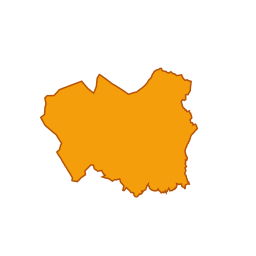 the district of Agios Nikolaos Pafou, Paphos, Cyprus, rotated 310°
{"feature_id": "46923920B40662832692624", "entity_name": "Agios Nikolaos Pafou", "entity_type": "district", "adm_level": 2, "iso_a3": "CYP", "parent_name": "Cyprus", "parent_adm1": "Paphos", "projection": "mercator", "projection_center": [32.759, 34.885], "detail": "fine", "context": "isolated", "style": "filled", "palette": "amber", "viewbox_px": 256, "rotation_deg": 310, "n_neighbors": 0, "source": "geoboundaries", "source_scale": "gbopen_adm2", "svg_char_len": 4067}
<svg xmlns="http://www.w3.org/2000/svg" viewBox="0 0 256 256"><g transform="rotate(310 128 128)"><path d="M51.9,118.7L51.7,119.0L52.0,119.6L53.6,122.2L54.3,123.7L54.6,123.7L57.6,124.0L59.1,123.9L64.9,125.4L67.4,122.6L75.9,123.3L77.2,125.5L75.1,128.5L75.5,132.5L78.5,135.2L77.0,138.7L77.3,140.4L77.0,141.0L74.0,139.7L75.0,142.2L75.8,143.9L76.8,145.5L77.0,147.9L77.3,149.2L77.2,150.1L80.1,151.2L80.9,152.5L83.7,154.3L81.7,157.3L81.1,162.0L76.9,164.1L77.0,164.3L77.7,165.3L81.3,165.1L81.1,167.2L81.1,169.5L80.5,171.7L81.3,172.8L81.9,174.2L80.4,175.8L80.1,177.6L80.9,179.0L83.0,179.3L84.7,179.5L85.3,179.5L85.5,180.4L86.0,180.4L87.1,180.6L87.9,180.6L88.1,179.5L88.8,179.2L89.3,180.3L90.8,180.6L92.1,181.2L92.7,180.9L95.4,179.9L97.2,179.5L98.1,179.5L96.9,180.3L96.7,181.9L95.8,183.2L95.7,184.5L95.7,185.2L95.8,186.4L96.2,187.1L96.6,188.2L97.4,189.3L98.2,189.9L98.7,190.5L100.6,190.3L100.0,191.5L100.0,192.3L100.1,192.7L100.1,193.0L99.9,193.7L99.7,195.1L100.1,195.1L100.6,195.7L101.7,196.1L101.8,196.6L101.6,197.1L102.3,197.2L103.0,197.3L103.7,197.0L102.9,198.9L103.7,198.5L104.7,198.7L104.8,198.7L105.1,198.6L105.8,198.3L106.3,198.3L107.2,198.2L108.0,198.0L106.8,200.6L108.1,201.4L108.5,202.1L110.7,202.5L111.0,202.6L111.0,203.0L112.3,203.2L112.8,202.7L113.2,203.1L113.6,203.2L114.4,202.7L115.9,202.2L116.7,201.0L116.8,201.2L117.3,202.8L118.1,203.9L119.1,204.4L119.5,204.9L119.2,205.5L118.4,206.0L118.0,206.6L117.9,207.4L118.6,208.9L118.1,210.3L118.5,210.6L120.1,209.4L121.0,208.7L122.1,209.1L123.4,209.5L124.4,211.0L125.5,209.4L125.6,208.9L125.1,208.7L125.4,207.7L126.0,207.3L126.8,206.2L127.2,205.2L127.9,204.3L128.4,203.7L128.9,203.0L129.1,201.4L129.7,200.6L130.9,200.3L132.8,199.5L133.4,198.4L134.0,197.5L134.3,197.2L135.5,197.6L136.0,197.6L136.5,196.4L136.7,195.8L136.9,195.4L137.9,194.5L138.2,194.3L138.3,194.5L139.0,193.9L139.6,193.5L140.0,193.3L140.1,193.1L140.2,193.4L140.6,193.4L140.9,193.6L141.1,193.0L141.5,192.8L141.6,193.0L142.1,193.3L142.3,193.1L142.8,193.1L143.1,192.7L143.4,192.3L143.6,191.6L143.6,191.3L143.8,191.4L144.1,190.9L144.3,190.4L144.4,189.9L144.7,189.4L144.9,188.9L145.1,188.8L145.2,188.5L145.6,188.3L146.0,187.7L146.3,187.2L146.5,186.9L146.7,186.6L147.3,186.4L147.7,186.2L148.3,185.8L149.1,185.5L149.5,185.2L150.0,185.0L150.7,185.0L151.3,184.8L151.9,184.7L152.3,184.4L152.9,184.2L153.5,184.0L155.1,183.9L156.1,183.2L157.3,183.4L163.0,181.0L166.3,181.3L169.5,181.3L172.0,181.5L172.3,181.1L173.6,179.1L174.3,177.2L172.1,175.7L172.8,175.0L173.4,174.1L172.5,172.8L174.1,170.3L176.7,170.4L178.4,168.4L178.9,166.9L179.5,166.5L179.3,165.1L180.5,164.1L178.4,162.5L179.1,160.9L178.5,160.1L179.1,159.3L179.2,158.4L178.8,157.7L179.6,156.1L180.8,154.2L182.3,151.8L185.0,151.7L185.4,153.4L186.7,153.6L186.9,153.9L188.0,153.0L190.2,150.9L191.4,151.4L192.0,152.5L193.5,152.2L196.5,151.7L197.9,150.8L199.2,149.7L200.0,149.3L200.7,148.8L204.3,146.4L203.0,143.8L203.0,142.4L201.2,141.0L201.5,138.6L202.1,136.9L203.1,134.8L201.2,133.2L199.4,131.6L199.5,129.2L198.5,127.0L198.6,124.7L196.4,123.8L195.6,122.4L195.8,120.9L194.8,119.3L193.9,117.3L194.9,115.7L195.1,115.4L194.4,114.3L192.3,113.8L190.6,112.4L189.0,112.3L188.2,111.7L186.8,112.1L184.9,112.2L182.9,112.9L181.5,113.4L179.7,113.3L178.1,113.1L175.4,113.6L173.5,113.7L170.3,113.5L167.6,113.0L164.9,112.3L162.9,111.9L161.0,111.5L159.7,110.3L154.1,106.7L153.7,101.5L153.5,99.7L152.3,90.7L151.7,87.7L151.3,79.7L150.8,73.0L150.5,71.7L148.5,72.0L146.4,72.4L140.1,76.6L139.5,77.0L137.6,77.7L135.1,78.6L134.6,78.7L132.9,79.1L132.6,79.2L132.5,75.1L132.4,72.0L133.5,65.5L134.1,62.5L128.8,59.5L121.9,55.6L121.1,55.2L116.0,52.3L114.7,51.7L113.7,51.1L113.3,50.8L109.3,50.7L105.2,50.4L100.8,45.3L97.6,45.0L93.8,49.6L93.7,49.7L93.7,49.8L90.6,51.1L85.4,54.8L84.8,55.4L80.6,54.5L80.0,54.4L79.0,56.9L77.4,61.0L76.7,63.2L76.7,69.0L76.6,71.6L76.6,72.7L76.7,77.5L75.4,81.1L73.6,87.0L72.0,87.3L67.2,89.5L64.2,88.9L63.8,89.0L62.6,92.3L61.5,96.3L60.4,99.0L59.1,102.9L58.8,103.6L58.4,104.7L58.2,106.0L57.0,108.9L56.1,112.0L55.2,114.5L54.9,115.3L54.0,117.6L51.9,118.7Z" fill="#f59e0b" stroke="#b45309" stroke-width="1.5"/></g></svg>